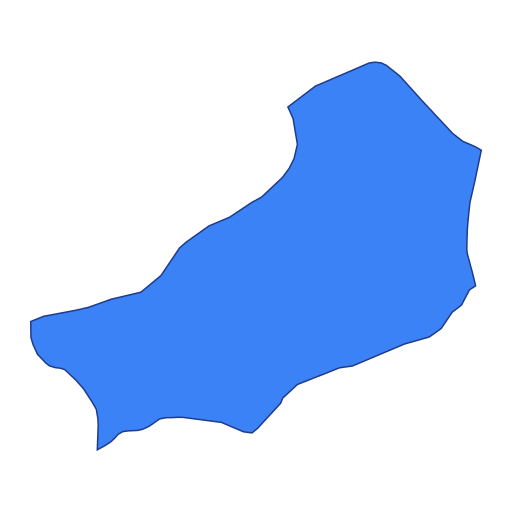 Palestina de Los Altos, Quezaltenango, Guatemala
{"feature_id": "79465075B38894333871635", "entity_name": "Palestina de Los Altos", "entity_type": "district", "adm_level": 2, "iso_a3": "GTM", "parent_name": "Guatemala", "parent_adm1": "Quezaltenango", "projection": "albers", "projection_center": [-91.683, 14.936], "detail": "fine", "context": "isolated", "style": "filled", "palette": "blue", "viewbox_px": 512, "rotation_deg": 0, "n_neighbors": 0, "source": "geoboundaries", "source_scale": "gbopen_adm2", "svg_char_len": 1151}
<svg xmlns="http://www.w3.org/2000/svg" viewBox="0 0 512 512"><path d="M481.3,150.2L474.6,146.4L462.7,141.3L452.6,133.4L422.5,101.2L400.0,76.2L386.3,65.3L381.0,62.8L374.6,62.2L369.1,63.0L315.4,86.1L287.9,107.0L293.1,118.6L297.4,144.3L294.1,158.5L289.1,168.5L282.4,177.5L261.7,197.0L251.3,202.7L229.8,217.1L209.0,225.9L186.2,242.1L179.6,247.9L161.0,275.5L140.9,292.2L111.5,299.1L88.6,307.3L75.1,310.4L43.6,316.3L30.7,321.5L31.0,337.7L33.1,344.7L37.5,354.3L45.9,363.1L49.5,365.9L55.2,367.6L60.3,368.2L64.7,369.6L76.0,380.2L83.6,388.9L92.2,402.1L96.3,409.3L97.9,418.7L98.2,425.2L97.3,449.8L104.8,445.7L110.5,442.0L114.3,438.6L118.1,434.3L122.6,431.7L127.9,430.9L137.7,430.4L142.6,429.3L149.1,426.3L159.7,418.9L166.2,417.7L172.3,417.6L177.4,417.3L180.7,417.3L183.4,417.4L188.6,418.1L221.4,422.4L243.5,431.8L252.0,432.9L257.6,428.3L280.6,403.3L282.7,398.1L297.4,384.5L339.5,367.8L352.4,366.0L404.2,344.1L429.4,336.9L441.2,328.5L452.2,312.2L461.5,305.1L469.5,289.8L475.6,285.8L472.6,273.3L468.5,258.2L467.2,253.3L466.8,249.1L467.0,239.6L467.3,229.6L468.1,219.9L469.9,202.6L474.5,182.7L481.3,150.2Z" fill="#3b82f6" stroke="#1e3a8a" stroke-width="1.5"/></svg>